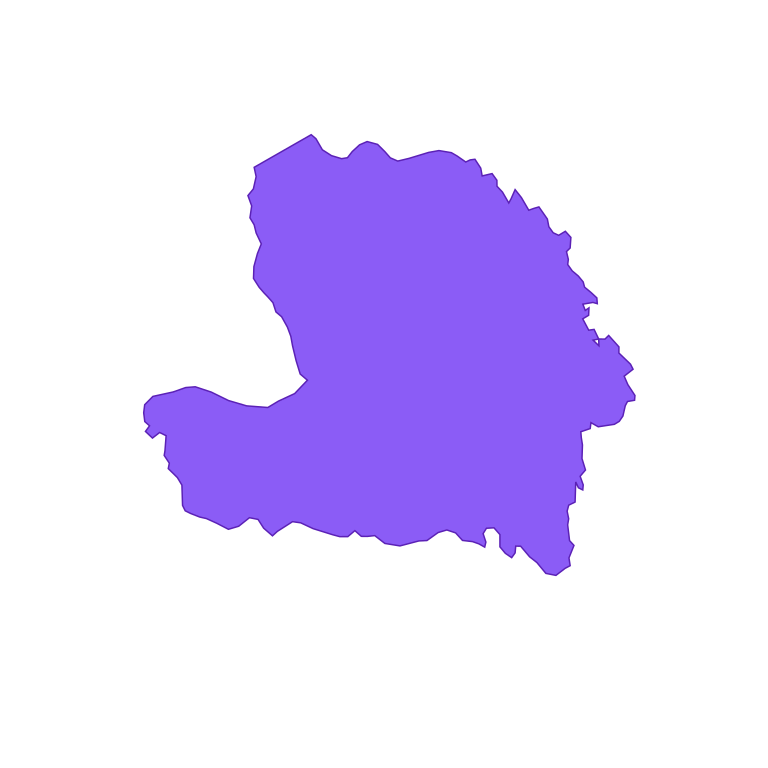 outline of Aparecida do Rio Doce, Goiás, Brazil, rotated 329°
{"feature_id": "56859067B6443042968198", "entity_name": "Aparecida do Rio Doce", "entity_type": "district", "adm_level": 2, "iso_a3": "BRA", "parent_name": "Brazil", "parent_adm1": "Goiás", "projection": "equal_earth", "projection_center": [-51.254, -18.22], "detail": "fine", "context": "isolated", "style": "filled", "palette": "violet", "viewbox_px": 768, "rotation_deg": 329, "n_neighbors": 0, "source": "geoboundaries", "source_scale": "gbopen_adm2", "svg_char_len": 2596}
<svg xmlns="http://www.w3.org/2000/svg" viewBox="0 0 768 768"><g transform="rotate(329 384 384)"><path d="M560.9,220.4L556.1,216.3L551.3,212.2L541.6,208.5L521.7,203.5L510.6,200.0L505.9,193.4L504.4,185.2L501.9,175.3L494.4,167.5L486.2,166.4L476.5,168.4L469.2,171.2L463.7,169.0L456.6,161.2L451.8,151.5L452.0,138.7L450.0,132.8L389.2,131.5L384.3,131.4L381.2,140.4L372.5,149.5L364.4,152.4L362.3,163.2L354.7,172.5L354.7,180.6L352.2,188.7L351.0,200.7L342.7,207.0L333.0,216.3L326.5,226.3L326.8,236.9L328.1,244.3L329.3,249.5L330.7,257.1L328.5,266.6L330.9,273.6L330.5,285.5L328.7,295.1L325.3,304.1L320.7,318.7L317.3,332.3L320.3,341.3L302.5,346.2L284.7,344.3L272.3,344.3L255.0,332.0L242.2,318.1L231.8,302.0L220.8,289.2L212.2,284.9L199.1,282.2L179.5,275.6L168.2,278.5L163.2,284.9L159.6,293.0L161.5,299.1L155.1,301.8L157.7,311.1L166.7,310.0L170.6,316.1L161.8,328.5L158.8,332.0L159.2,341.3L155.5,345.4L158.7,357.8L158.7,366.6L148.8,384.3L148.3,390.3L151.5,395.3L157.5,403.1L162.5,407.9L168.9,417.2L175.8,428.4L186.2,431.1L199.8,429.3L206.3,435.2L206.6,445.6L210.2,456.7L216.7,455.4L234.7,454.9L241.1,460.1L248.7,471.4L262.4,486.8L267.5,492.1L274.4,496.2L283.5,494.7L286.1,502.9L291.1,506.0L298.0,509.2L302.6,521.1L314.3,531.0L333.1,536.5L340.2,540.3L353.9,539.2L362.7,541.5L368.7,548.5L370.7,558.5L378.7,564.7L383.0,569.9L386.3,575.7L389.9,572.0L391.9,563.3L397.5,560.4L404.2,563.9L405.8,572.8L399.5,583.3L400.8,591.7L404.0,598.6L409.4,596.3L413.4,590.8L417.6,593.4L419.8,607.1L423.1,615.8L425.2,629.7L432.8,636.6L444.3,635.3L450.0,635.6L453.0,628.3L463.7,620.2L462.4,613.8L468.9,599.3L472.9,594.6L475.5,587.3L479.9,583.0L487.0,583.6L497.9,566.7L497.2,573.1L499.8,577.2L502.8,573.1L504.6,564.1L512.4,561.5L515.3,549.9L522.7,538.5L525.5,531.6L528.1,526.3L537.8,528.4L541.5,523.7L545.6,531.0L560.7,537.2L566.4,537.2L572.3,534.5L579.6,526.9L583.7,524.4L590.4,527.0L593.2,523.1L592.7,510.1L593.9,501.0L605.1,499.6L605.5,494.0L601.3,478.4L604.5,473.2L601.6,458.1L596.5,459.3L591.2,456.0L592.2,445.4L587.2,443.3L587.9,430.5L594.8,430.5L598.9,424.3L594.4,424.6L595.6,418.0L605.1,421.7L608.2,425.0L610.8,419.8L608.6,412.2L605.8,404.3L607.3,399.1L606.2,391.6L603.6,384.0L603.0,376.2L606.2,372.1L608.6,364.5L613.6,363.3L619.7,354.6L618.1,346.5L610.3,346.5L606.9,341.5L606.3,334.1L609.0,326.7L608.0,312.0L603.1,310.7L597.6,309.6L597.8,295.0L596.5,284.9L588.3,290.7L584.2,293.1L584.4,280.5L582.7,272.7L585.7,267.5L585.0,259.3L575.3,256.2L578.1,248.8L577.7,238.2L573.3,236.3L568.4,235.8L564.1,226.2L560.9,220.4ZM591.2,456.0L587.9,461.9L585.8,454.1L591.2,456.0Z" fill="#8b5cf6" stroke="#5b21b6" stroke-width="1.5"/></g></svg>